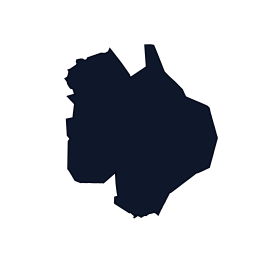 outline of Bella Vista, Chiapas, Mexico, rotated 228°
{"feature_id": "50627088B83427563919964", "entity_name": "Bella Vista", "entity_type": "district", "adm_level": 2, "iso_a3": "MEX", "parent_name": "Mexico", "parent_adm1": "Chiapas", "projection": "albers", "projection_center": [-92.25, 15.623], "detail": "fine", "context": "isolated", "style": "filled", "palette": "ink", "viewbox_px": 256, "rotation_deg": 228, "n_neighbors": 0, "source": "geoboundaries", "source_scale": "gbopen_adm2", "svg_char_len": 3115}
<svg xmlns="http://www.w3.org/2000/svg" viewBox="0 0 256 256"><g transform="rotate(228 128 128)"><path d="M136.4,56.0L135.3,55.9L133.2,55.5L131.3,55.1L129.7,54.9L129.3,54.8L128.7,54.6L126.2,54.1L124.7,53.8L123.4,54.3L122.4,54.8L120.8,55.6L119.8,56.2L119.3,56.4L119.2,56.5L118.1,57.9L115.3,60.9L115.2,60.9L115.1,61.1L114.9,61.4L113.7,62.8L111.5,65.0L109.2,67.4L107.7,69.2L106.0,70.9L105.9,70.9L105.6,71.4L105.3,71.9L103.8,73.1L103.5,89.3L94.9,82.4L87.3,77.0L86.9,76.8L86.1,76.3L83.8,74.9L85.3,71.9L84.1,70.8L81.1,67.9L80.7,67.9L74.9,69.5L66.9,71.7L64.3,72.4L63.1,73.9L62.2,73.8L61.9,73.7L61.0,73.9L59.8,74.0L59.1,74.2L58.7,74.4L58.5,74.8L58.3,75.1L57.7,73.2L57.3,72.1L57.1,73.8L57.1,74.0L56.8,75.2L57.0,76.2L56.9,76.6L55.7,77.3L55.2,77.5L54.5,77.8L53.0,78.2L52.3,81.7L52.0,82.0L51.7,82.3L51.5,82.6L51.0,82.9L50.8,83.3L50.8,83.6L51.0,84.1L50.4,86.6L50.1,87.1L49.5,88.0L49.4,88.1L49.1,88.7L48.5,90.2L48.4,90.2L48.2,91.0L46.2,92.0L44.7,92.2L43.3,92.3L43.5,92.8L43.7,93.1L44.1,94.1L44.4,94.9L44.4,95.0L45.3,96.9L45.5,96.9L45.8,98.4L45.8,98.6L46.2,99.5L46.6,100.4L47.4,102.2L47.4,102.4L47.6,103.0L48.3,105.0L48.9,106.8L49.0,106.9L49.1,107.0L50.5,110.7L51.4,113.1L51.6,113.8L51.8,113.9L52.3,115.4L51.7,116.7L51.7,117.5L51.5,119.1L51.4,120.8L51.2,122.6L51.1,124.3L51.0,124.9L50.9,126.0L50.9,126.7L50.8,127.5L50.7,129.0L50.4,132.7L50.2,134.8L50.1,136.4L49.8,139.5L49.7,140.5L49.6,142.0L49.5,143.3L49.1,148.4L49.1,148.6L48.8,149.1L48.3,150.0L47.2,153.2L46.5,155.4L45.6,158.5L44.5,162.1L45.7,163.9L48.9,168.9L51.9,173.6L54.0,176.7L56.6,180.8L59.6,185.4L61.0,187.6L64.6,189.3L67.4,190.7L69.0,191.5L70.1,192.1L70.9,192.5L73.9,193.9L75.3,194.6L80.9,197.4L81.2,197.6L82.5,198.2L83.2,198.5L84.1,199.0L85.4,199.6L86.1,200.1L86.3,200.2L86.4,200.3L87.7,201.0L88.6,201.5L90.4,201.4L91.6,201.2L92.0,201.0L94.7,199.8L96.2,199.1L98.2,198.2L99.3,197.7L100.1,197.3L100.9,196.9L102.0,196.4L103.9,195.5L106.1,194.5L106.3,194.4L107.8,193.7L109.1,193.1L110.6,192.4L111.1,192.2L112.6,191.5L116.0,192.5L120.2,193.9L131.1,193.4L138.9,192.6L145.6,192.4L161.7,198.4L165.5,199.8L169.1,201.1L172.2,202.2L174.6,200.3L178.2,196.1L161.0,182.7L163.8,163.3L166.8,164.5L180.9,166.2L199.0,167.5L197.9,165.1L197.6,164.5L197.7,164.1L197.9,163.5L198.6,160.8L200.9,158.4L201.5,157.9L201.6,157.5L201.8,157.2L202.0,156.6L202.2,156.1L202.5,155.5L202.7,155.0L203.3,153.7L203.5,153.1L203.7,152.6L203.9,152.1L204.1,151.7L204.3,151.2L204.6,150.6L204.8,150.1L205.0,149.6L205.4,148.7L205.8,147.7L206.1,147.1L206.3,146.4L206.7,145.7L207.0,144.8L206.2,143.6L206.5,142.1L207.4,140.8L209.6,140.1L210.9,138.7L212.7,135.5L211.7,134.1L210.9,133.8L210.1,133.7L209.1,131.9L209.4,129.8L209.8,126.9L210.1,124.7L211.0,122.4L210.2,122.4L209.6,122.0L209.1,121.7L208.5,120.9L208.2,120.5L207.6,119.7L207.0,118.9L206.7,118.1L206.2,117.0L206.5,114.9L206.7,114.4L203.3,114.1L201.1,112.9L198.4,112.3L196.0,112.1L194.0,113.5L188.6,111.0L188.8,110.6L191.9,104.3L181.5,104.6L179.3,102.0L177.4,99.9L175.3,97.4L172.4,94.3L172.4,93.6L175.6,88.2L162.9,78.1L158.6,78.0L157.9,74.8L147.9,65.5L137.8,56.1L137.3,56.1L137.2,56.0L136.4,56.0Z" fill="#0f172a" stroke="#020617" stroke-width="1.5"/></g></svg>